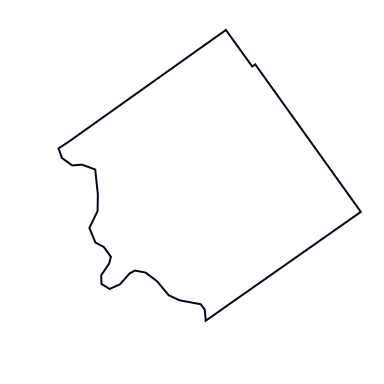 Brule, South Dakota, United States of America (orthographic projection), rotated 325°
{"feature_id": "52423323B31901500276132", "entity_name": "Brule", "entity_type": "district", "adm_level": 2, "iso_a3": "USA", "parent_name": "United States of America", "parent_adm1": "South Dakota", "projection": "orthographic", "projection_center": [-99.284, 43.717], "detail": "fine", "context": "isolated", "style": "outline", "palette": "ink", "viewbox_px": 384, "rotation_deg": 325, "n_neighbors": 0, "source": "geoboundaries", "source_scale": "gbopen_adm2", "svg_char_len": 534}
<svg xmlns="http://www.w3.org/2000/svg" viewBox="0 0 384 384"><g transform="rotate(325 192 192)"><path d="M107.7,79.7L105.0,89.5L109.1,101.5L117.6,106.5L125.6,118.1L113.6,139.8L103.8,153.4L87.3,162.6L83.9,178.0L88.2,186.5L88.4,198.6L82.9,203.2L69.9,208.1L65.1,215.4L68.9,224.2L80.0,226.3L94.3,222.9L100.3,223.7L107.7,231.3L112.2,245.0L113.7,263.2L119.6,273.5L134.8,289.0L135.0,295.7L129.4,305.3L318.9,305.1L317.0,123.7L313.3,123.7L312.7,78.7L268.1,79.0L118.5,80.1L107.7,79.7Z" fill="none" stroke="#020617" stroke-width="2"/></g></svg>